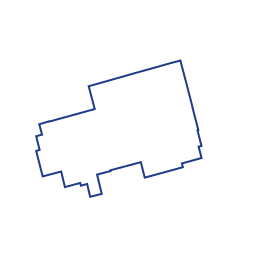 outline of Lincoln, Buenos Aires, Argentina, rotated 210°
{"feature_id": "61730980B97340635160564", "entity_name": "Lincoln", "entity_type": "district", "adm_level": 2, "iso_a3": "ARG", "parent_name": "Argentina", "parent_adm1": "Buenos Aires", "projection": "natural_earth1", "projection_center": [-61.695, -35.088], "detail": "fine", "context": "isolated", "style": "outline", "palette": "blue", "viewbox_px": 256, "rotation_deg": 210, "n_neighbors": 0, "source": "geoboundaries", "source_scale": "gbopen_adm2", "svg_char_len": 588}
<svg xmlns="http://www.w3.org/2000/svg" viewBox="0 0 256 256"><g transform="rotate(210 128 128)"><path d="M72.0,110.2L60.9,121.5L63.6,124.3L49.3,138.8L57.5,147.1L55.4,149.2L66.6,160.7L66.0,161.3L82.6,178.2L82.5,178.3L99.5,195.6L116.4,212.6L124.6,204.4L151.0,177.4L182.9,144.5L166.3,127.8L199.4,94.2L199.6,94.4L206.7,86.9L199.1,79.2L203.4,75.0L198.6,70.0L193.6,64.8L196.0,62.2L177.7,43.4L164.1,56.9L153.1,45.3L141.9,56.5L140.0,54.5L135.4,59.1L126.4,49.5L117.8,57.8L131.5,72.2L121.6,82.0L122.1,82.6L99.8,104.8L88.7,93.4L72.0,110.2Z" fill="none" stroke="#1e3a8a" stroke-width="2"/></g></svg>